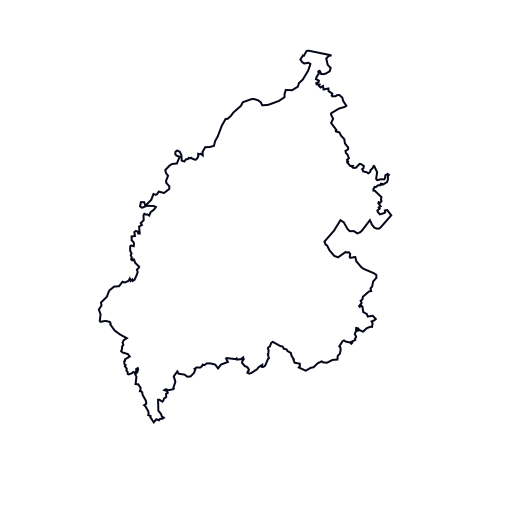 Maubin, Ayeyarwady, Myanmar, rotated 232°
{"feature_id": "60261553B45059924625882", "entity_name": "Maubin", "entity_type": "district", "adm_level": 2, "iso_a3": "MMR", "parent_name": "Myanmar", "parent_adm1": "Ayeyarwady", "projection": "orthographic", "projection_center": [95.538, 16.957], "detail": "fine", "context": "isolated", "style": "outline", "palette": "ink", "viewbox_px": 512, "rotation_deg": 232, "n_neighbors": 0, "source": "geoboundaries", "source_scale": "gbopen_adm2", "svg_char_len": 6085}
<svg xmlns="http://www.w3.org/2000/svg" viewBox="0 0 512 512"><g transform="rotate(232 256 256)"><path d="M187.8,73.0L188.7,77.0L186.3,78.3L186.7,80.0L185.3,82.4L185.3,83.8L187.5,83.0L190.0,83.9L194.2,83.8L203.0,90.3L202.2,91.4L198.9,92.5L199.2,94.1L200.3,95.7L200.1,98.3L202.8,100.4L202.5,102.2L204.4,102.8L206.7,101.2L206.7,102.4L206.2,103.3L204.5,103.8L202.1,108.5L202.1,109.6L203.1,109.9L206.5,115.0L211.8,117.1L213.5,123.0L210.9,122.5L206.6,126.6L203.1,127.6L201.4,130.2L202.0,135.1L204.0,138.4L204.9,138.2L204.8,140.5L202.5,143.2L202.4,145.5L203.2,147.1L201.8,148.0L201.7,151.1L199.1,154.3L195.4,157.0L190.8,156.9L192.0,161.6L189.8,168.6L193.7,169.3L193.5,170.2L187.1,176.6L187.2,177.7L185.9,177.4L183.9,180.8L184.0,183.5L182.2,182.8L181.8,180.8L180.4,179.2L176.0,179.4L174.9,180.3L173.1,180.7L171.0,180.5L169.9,179.4L170.1,178.5L169.3,177.3L167.5,178.2L166.7,180.2L166.1,187.1L166.8,189.7L166.4,193.8L165.0,192.4L164.0,193.7L164.0,195.8L167.5,202.1L167.5,203.2L171.3,204.8L171.3,205.5L174.0,207.9L175.7,208.4L176.4,209.5L176.2,211.3L178.1,214.3L178.0,216.4L170.5,219.5L168.1,221.3L165.8,220.8L163.5,222.6L161.7,222.3L158.1,223.8L155.5,222.5L151.6,222.3L151.6,221.8L148.1,220.7L144.2,224.2L142.2,222.7L141.8,221.1L135.0,224.6L134.2,230.3L132.9,232.9L133.5,238.6L132.5,243.0L131.1,243.2L128.2,246.2L127.0,252.3L124.3,256.4L127.0,259.0L127.4,262.0L129.9,264.9L132.2,266.3L133.5,266.0L135.6,271.8L135.3,273.3L133.2,274.1L129.9,276.9L128.2,277.1L128.4,278.4L129.6,278.5L128.7,282.5L129.7,282.9L130.6,285.1L133.6,285.8L135.3,288.5L134.6,290.1L136.0,289.9L136.2,289.4L137.6,290.6L136.2,291.9L134.1,291.9L130.5,293.7L130.9,298.9L129.9,302.4L128.7,303.8L131.0,306.3L133.3,306.8L132.5,309.2L132.6,311.6L137.0,311.2L139.5,306.8L142.1,307.6L145.8,306.0L150.4,308.6L151.8,308.5L152.1,306.4L153.0,306.4L154.0,310.4L156.3,310.9L156.3,313.2L158.1,315.2L158.5,323.0L157.5,325.2L160.0,326.3L160.4,328.7L163.8,332.6L164.7,337.5L167.1,339.2L169.8,338.3L179.6,332.9L182.2,332.1L190.0,331.8L194.1,333.6L196.5,329.2L197.5,329.2L199.5,331.4L201.7,331.5L203.1,329.4L204.0,329.0L204.4,319.9L207.9,317.7L215.3,317.4L220.6,318.5L222.0,317.8L225.2,318.8L227.9,332.9L232.2,344.6L228.5,345.9L221.2,344.8L217.9,345.1L215.3,348.5L211.5,349.7L210.6,352.7L210.8,355.3L214.1,367.8L209.3,366.7L205.6,366.7L203.3,368.0L201.7,370.0L201.9,372.4L204.8,387.6L211.4,387.7L212.5,385.6L210.9,384.7L210.9,383.4L212.5,379.3L215.4,379.1L217.1,379.6L217.2,382.6L218.7,382.6L218.4,384.8L222.3,384.9L222.9,385.8L221.5,386.8L222.0,388.7L223.6,389.3L225.1,391.1L234.2,389.8L235.3,388.8L236.4,389.7L237.4,392.0L236.5,392.8L236.6,395.6L235.3,397.4L236.1,398.9L235.4,399.6L234.9,398.9L234.1,400.0L233.6,404.9L235.3,407.3L237.7,409.0L238.1,410.6L239.6,410.3L240.0,407.8L237.8,405.4L237.5,404.1L239.7,401.5L241.1,398.2L242.9,398.2L247.4,403.0L253.9,404.5L254.5,404.1L253.4,401.9L253.2,399.2L252.0,397.9L252.0,395.4L253.9,394.8L256.6,392.6L259.0,393.1L259.0,394.6L260.5,396.4L263.7,395.3L264.8,394.4L264.0,389.1L265.5,386.9L266.9,386.6L267.4,387.7L268.9,385.7L273.6,385.5L274.1,385.8L273.8,386.7L275.7,386.9L275.8,389.4L279.5,390.5L281.9,390.3L283.7,391.2L283.4,394.3L284.8,395.4L289.9,395.4L293.8,397.5L298.5,397.1L302.1,397.8L304.8,395.7L305.5,395.8L305.7,396.9L314.6,397.1L316.6,401.2L321.6,402.3L322.2,403.4L321.1,412.1L318.8,417.9L318.8,419.7L324.2,420.1L327.7,421.5L331.6,420.8L332.9,418.7L332.9,417.0L334.9,414.4L335.8,414.4L336.9,416.1L341.2,414.7L343.4,416.2L345.6,411.8L348.7,413.4L349.1,410.6L351.3,410.3L352.0,411.6L354.0,409.4L355.1,409.9L354.5,412.5L355.5,413.5L358.5,412.1L360.0,414.4L361.0,417.7L363.0,418.6L363.0,419.9L362.3,420.2L359.3,419.4L357.7,421.2L356.8,423.2L356.2,427.8L358.2,430.6L362.5,430.2L368.3,432.9L368.9,436.4L367.6,439.0L385.6,423.7L386.4,422.0L384.3,417.0L385.1,416.5L383.6,412.0L380.4,411.7L378.0,412.5L375.9,416.4L373.8,417.1L370.0,411.3L366.2,401.4L365.8,396.3L363.7,393.2L364.4,386.5L368.5,381.7L366.4,378.6L363.6,376.2L364.1,369.4L367.6,358.6L370.9,353.7L374.2,354.4L377.6,353.4L380.9,351.1L382.4,349.0L385.3,340.3L383.6,336.6L383.0,326.5L381.8,322.2L381.6,318.0L382.7,316.4L379.7,309.2L373.8,299.5L371.7,294.5L368.7,290.7L370.3,286.7L373.0,282.9L371.0,278.1L368.1,276.0L370.6,275.4L370.9,274.2L372.1,273.4L369.7,271.4L368.9,268.6L369.2,267.4L372.1,265.6L373.2,265.5L373.7,264.0L374.7,263.5L374.3,261.9L375.3,260.5L374.6,257.7L376.9,256.2L381.4,259.3L385.0,260.1L387.6,258.9L387.7,256.8L386.1,255.1L384.2,255.1L381.2,256.9L377.6,250.6L380.2,246.5L380.5,243.8L379.6,237.4L376.6,236.1L373.4,236.1L370.6,231.4L368.8,230.3L364.2,230.6L362.2,228.9L362.3,222.3L366.6,219.0L365.6,215.9L366.1,214.5L368.0,213.4L364.8,208.1L363.8,200.7L364.7,200.1L367.3,201.0L369.3,198.5L366.5,195.2L364.2,195.9L362.8,200.8L358.5,206.1L356.3,207.3L355.4,204.5L355.4,199.9L353.6,196.7L355.7,196.0L356.3,194.8L358.0,194.0L357.4,192.5L353.3,189.4L352.9,185.5L350.7,185.2L351.2,182.0L345.3,178.2L346.2,177.1L348.0,178.0L349.8,176.4L349.7,174.8L346.3,173.0L348.0,170.0L344.9,167.7L342.3,168.0L341.1,167.6L339.0,165.7L341.1,164.0L341.1,162.9L337.5,160.0L334.6,159.5L333.9,157.9L331.0,157.0L330.3,155.6L329.5,155.5L329.1,157.0L328.2,156.7L328.1,157.6L324.9,156.6L319.5,157.3L318.7,155.8L318.6,153.8L316.2,152.9L314.2,149.8L312.0,145.5L312.3,143.5L313.7,144.0L313.6,141.9L315.9,142.6L314.9,140.3L315.7,136.9L316.4,135.8L317.9,135.0L316.5,129.5L319.2,125.4L319.2,120.2L318.9,118.6L315.7,113.4L314.8,105.2L312.1,103.8L310.6,99.2L305.7,97.6L301.0,92.9L299.9,92.9L297.5,97.5L294.0,100.2L292.5,100.0L292.0,99.1L284.3,98.7L277.7,100.6L270.8,103.6L271.1,100.0L270.0,97.6L267.6,96.7L267.1,94.7L265.3,93.3L264.0,91.1L262.0,91.5L257.7,94.6L254.5,94.6L255.2,89.2L254.1,88.3L254.1,87.2L251.5,85.7L250.3,86.1L249.9,84.8L246.8,84.8L245.6,83.4L243.6,83.4L242.0,82.3L241.1,82.7L240.0,86.0L240.2,87.8L238.6,88.5L239.1,90.7L240.7,92.1L240.4,93.8L239.3,93.4L237.5,90.9L237.1,88.0L234.4,87.4L229.2,82.2L227.4,84.2L223.0,83.9L220.9,81.3L220.1,82.3L218.7,82.4L216.5,81.2L209.8,80.1L207.9,79.2L207.1,78.3L207.3,76.0L205.9,76.3L200.3,75.6L197.9,74.4L197.0,73.1L194.8,74.4L193.9,73.5L187.8,73.0Z" fill="none" stroke="#020617" stroke-width="2"/></g></svg>